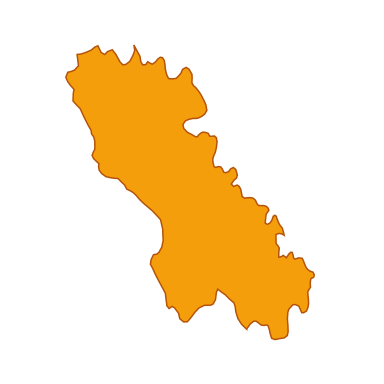 outline of Voranava, Grodno, Belarus, rotated 263°
{"feature_id": "67162791B43104058935452", "entity_name": "Voranava", "entity_type": "district", "adm_level": 2, "iso_a3": "BLR", "parent_name": "Belarus", "parent_adm1": "Grodno", "projection": "natural_earth1", "projection_center": [25.132, 54.061], "detail": "fine", "context": "isolated", "style": "filled", "palette": "amber", "viewbox_px": 384, "rotation_deg": 263, "n_neighbors": 0, "source": "geoboundaries", "source_scale": "gbopen_adm2", "svg_char_len": 3534}
<svg xmlns="http://www.w3.org/2000/svg" viewBox="0 0 384 384"><g transform="rotate(263 192 192)"><path d="M345.0,152.2L339.4,152.4L334.7,150.0L329.3,146.2L326.7,141.9L326.7,138.8L329.9,136.4L338.1,133.1L342.9,130.2L341.6,125.2L339.1,122.1L341.6,118.8L348.6,116.4L347.6,113.1L345.1,109.2L343.5,103.8L342.5,98.8L342.5,94.7L334.9,94.7L331.1,94.7L327.3,90.2L326.3,86.4L326.0,83.3L321.2,80.7L316.5,82.2L312.7,84.3L308.2,87.4L304.4,86.2L296.8,85.0L292.4,88.1L288.3,91.2L280.0,93.8L270.8,97.1L265.7,99.3L261.8,99.4L258.6,101.2L254.3,101.7L246.4,100.8L243.3,98.7L240.5,97.3L237.1,98.4L233.4,101.4L231.4,103.1L228.7,102.3L224.7,102.6L221.2,104.7L217.8,108.4L216.2,112.5L215.2,116.3L214.3,120.4L211.1,122.7L207.4,125.8L202.8,127.6L200.9,130.6L198.7,133.5L195.1,136.4L190.6,139.3L186.5,142.7L178.0,150.5L170.9,155.7L168.3,157.4L158.5,158.4L152.2,157.8L147.3,157.5L140.8,155.2L136.0,151.7L134.5,149.1L134.5,146.2L129.9,143.2L125.4,141.9L121.1,143.6L113.8,145.9L104.9,149.3L94.9,153.2L87.8,153.2L82.1,153.2L79.1,155.1L80.9,158.3L79.1,160.6L73.2,163.9L67.7,164.4L64.0,168.0L63.8,171.6L66.9,175.1L72.6,180.6L76.2,185.0L78.0,190.4L77.4,196.7L78.2,199.3L82.3,202.2L89.2,203.9L92.4,205.7L89.0,209.1L85.9,212.6L81.6,215.8L76.8,220.1L73.1,220.9L67.8,220.9L60.9,222.1L55.0,224.9L49.5,229.2L49.2,229.5L49.3,229.5L54.0,233.8L56.2,237.5L56.1,239.7L54.5,241.5L51.5,244.4L50.8,247.1L50.9,250.1L50.0,251.2L45.1,252.1L41.5,252.4L37.1,253.2L35.4,256.4L35.8,260.7L36.0,265.9L37.9,269.1L41.8,270.4L47.5,270.9L54.3,271.2L60.7,272.4L63.7,273.7L67.7,278.2L67.7,280.7L65.8,284.1L62.6,285.1L58.8,286.2L58.6,288.1L59.9,291.1L63.5,293.1L66.9,294.1L71.8,294.5L74.1,294.5L78.6,294.7L80.7,296.0L83.0,298.0L87.3,298.3L90.3,299.0L91.7,299.8L92.4,302.3L94.9,303.3L97.7,302.3L99.0,299.7L100.9,297.4L103.4,296.0L107.9,294.7L110.6,294.1L111.1,293.9L112.8,293.3L113.6,289.8L113.2,287.7L112.9,285.7L114.2,284.8L116.4,284.7L119.8,284.1L120.2,282.8L118.9,280.8L117.4,279.5L115.3,277.7L116.5,276.4L118.0,274.8L117.0,272.9L116.6,270.2L121.0,270.7L125.7,271.8L128.0,270.8L130.6,269.2L136.3,269.8L139.5,270.1L140.3,273.1L139.5,276.1L137.8,278.2L141.8,277.8L145.2,277.2L148.4,275.2L150.5,274.4L155.0,273.1L157.6,272.7L158.8,271.4L158.0,269.7L154.2,267.8L151.6,265.4L150.7,262.7L152.2,260.9L155.2,261.5L160.7,262.8L162.6,264.4L164.5,266.1L166.9,265.5L168.8,263.8L169.7,261.7L170.1,258.9L170.5,256.4L172.4,255.1L176.2,253.9L178.5,251.8L179.3,249.3L179.6,245.9L179.4,243.4L181.6,241.2L185.2,241.0L188.8,240.7L192.0,239.4L193.4,237.7L193.0,236.0L192.4,234.0L195.1,232.0L198.6,235.1L200.3,237.8L203.4,239.1L209.0,238.2L211.3,236.0L210.2,233.1L207.7,230.7L207.0,227.7L207.9,225.8L210.9,225.0L213.4,223.6L214.1,220.9L213.4,218.7L214.5,217.0L218.8,216.4L222.4,216.7L225.1,217.9L228.7,220.0L233.4,221.7L238.9,223.0L242.8,222.8L244.9,221.0L244.9,218.4L245.3,216.3L248.2,215.3L249.4,212.9L250.1,210.0L249.2,207.6L247.7,205.5L246.0,203.7L247.0,201.4L248.4,199.7L250.1,197.3L251.7,194.8L256.0,191.6L260.0,191.2L263.4,194.1L264.5,197.7L264.9,202.0L264.5,205.2L264.7,207.5L266.1,211.3L267.8,214.1L271.2,216.7L276.8,216.4L280.9,215.2L283.8,214.1L286.4,213.2L290.1,211.5L293.3,209.6L295.4,208.3L297.1,206.6L300.4,205.2L305.0,206.0L308.8,206.3L309.7,205.9L314.1,204.1L316.4,201.4L314.9,197.6L311.4,195.6L309.3,193.4L306.7,190.1L306.7,186.1L307.5,182.5L312.3,181.0L317.6,180.5L322.0,180.7L325.8,180.5L328.8,179.2L329.6,177.0L328.2,174.3L325.5,171.6L323.7,168.1L325.5,165.4L326.7,163.9L324.1,161.6L324.2,158.6L327.5,157.1L333.0,156.9L345.0,152.2Z" fill="#f59e0b" stroke="#b45309" stroke-width="1.5"/></g></svg>